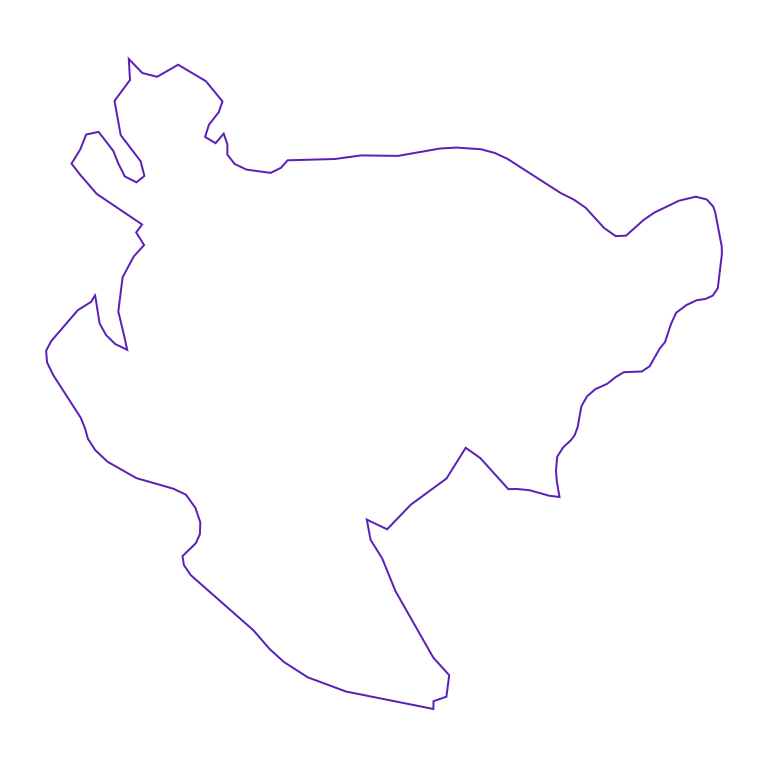 an SVG outline of Saga
{"feature_id": "JPN-1827", "entity_name": "Saga", "entity_type": "Prefecture", "adm_level": 1, "iso_a3": "JPN", "parent_name": "Japan", "parent_adm1": "", "projection": "natural_earth1", "projection_center": [130.106, 33.248], "detail": "fine", "context": "isolated", "style": "outline", "palette": "violet", "viewbox_px": 768, "rotation_deg": 0, "n_neighbors": 0, "source": "natural_earth", "source_scale": "10m", "svg_char_len": 1769}
<svg xmlns="http://www.w3.org/2000/svg" viewBox="0 0 768 768"><path d="M95.0,295.2L95.2,295.6L99.6,323.4L106.0,335.0L115.3,344.1L127.2,349.8L124.1,335.6L118.3,311.5L122.6,277.3L133.7,256.5L144.1,245.1L136.2,232.4L142.1,224.5L96.7,193.9L79.8,174.3L71.5,163.6L80.1,149.7L86.2,134.5L98.6,131.9L113.3,150.9L118.4,163.7L124.9,176.5L136.4,182.3L144.4,176.0L140.6,161.2L120.7,135.1L114.5,100.9L130.0,80.0L128.8,59.0L142.3,73.0L157.1,76.8L178.1,64.7L205.9,81.2L222.5,101.4L218.8,112.1L208.9,124.8L205.1,136.9L215.6,143.2L223.7,133.6L227.4,144.4L227.3,154.5L234.7,164.0L246.5,169.6L270.7,172.9L281.1,167.7L287.6,160.3L334.8,159.0L361.2,155.4L398.0,155.9L440.1,148.5L456.4,147.6L480.8,149.2L494.9,153.0L507.7,159.0L560.6,193.0L573.6,199.5L585.6,207.7L604.2,228.1L615.7,236.1L626.0,235.7L643.7,219.9L654.1,212.7L678.7,200.8L695.8,196.7L706.8,199.5L713.2,206.6L715.1,211.8L721.7,246.3L721.9,254.1L717.8,288.1L712.8,295.6L705.3,299.0L696.8,300.2L686.5,305.0L676.2,312.7L671.0,324.0L665.0,342.1L659.8,348.4L649.7,366.2L641.8,371.5L623.9,372.2L615.6,377.1L607.0,383.9L595.4,389.1L587.1,396.3L581.4,406.2L577.6,427.3L574.5,435.5L570.7,440.4L563.3,447.2L557.2,456.7L556.0,470.3L556.8,481.3L559.5,497.0L549.1,495.7L529.5,490.2L517.1,489.0L508.3,489.1L480.2,458.0L465.7,447.8L446.5,478.5L410.8,504.7L387.1,529.3L366.8,519.6L370.6,539.9L382.1,558.2L395.4,591.0L433.2,657.5L449.2,675.2L446.4,696.7L433.5,701.2L433.4,709.0L345.8,691.5L307.7,677.3L283.9,662.0L269.6,649.0L253.5,630.4L190.9,575.3L183.9,565.1L182.5,556.1L195.9,543.1L199.9,534.1L200.3,522.3L195.3,507.7L185.9,494.7L173.6,488.8L136.3,478.1L107.6,461.8L95.3,450.2L87.9,438.8L85.1,428.5L80.7,417.7L53.4,375.4L47.1,362.5L46.1,350.8L51.2,341.1L77.9,310.1L91.3,301.7L95.0,295.2Z" fill="none" stroke="#5b21b6" stroke-width="2"/></svg>